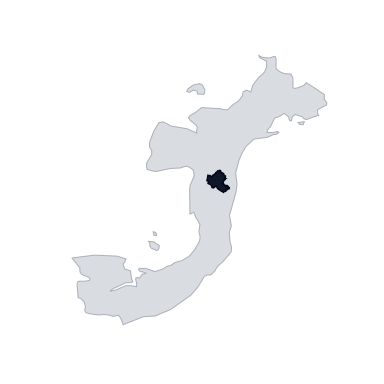 La Pintada, Coclé, Panama shown in context, rotated 123°
{"feature_id": "35544464B73573459744927", "entity_name": "La Pintada", "entity_type": "district", "adm_level": 2, "iso_a3": "PAN", "parent_name": "Panama", "parent_adm1": "Coclé", "projection": "orthographic", "projection_center": [-80.565, 8.715], "detail": "fine", "context": "in_parent", "style": "filled", "palette": "ink", "viewbox_px": 384, "rotation_deg": 123, "n_neighbors": 0, "source": "geoboundaries", "source_scale": "gbopen_adm2", "svg_char_len": 6690}
<svg xmlns="http://www.w3.org/2000/svg" viewBox="0 0 384 384"><g transform="rotate(123 192 192)"><path d="M340.9,177.6L339.9,178.3L336.9,182.7L335.3,186.4L339.2,190.3L340.4,194.5L342.6,199.0L346.1,203.5L350.0,211.9L350.9,215.3L349.8,217.5L346.2,218.8L342.8,222.8L341.9,227.6L342.6,230.0L332.4,237.8L329.8,239.1L328.1,237.9L325.8,234.1L323.2,231.0L321.8,229.9L321.0,229.9L320.2,230.6L319.8,232.3L321.2,239.5L320.1,242.4L316.7,244.7L312.8,256.5L311.2,255.0L298.0,239.3L286.5,219.7L284.1,210.9L287.1,210.3L289.9,210.5L291.4,209.1L293.2,206.5L291.7,200.6L297.2,196.0L299.2,192.9L300.8,193.2L304.4,198.4L309.7,201.4L316.1,205.7L320.1,206.7L315.0,202.1L306.3,196.2L303.9,192.2L301.5,186.8L298.1,189.2L296.6,191.2L294.8,192.3L293.3,191.0L293.0,189.2L287.9,188.9L286.6,187.3L285.2,186.4L285.8,189.8L286.9,191.9L286.3,194.5L284.7,194.7L283.2,192.0L281.4,189.6L278.9,179.7L273.1,175.0L270.4,173.4L268.2,172.8L265.0,169.7L260.7,168.0L254.8,163.0L247.7,159.5L239.0,158.3L228.4,159.1L224.8,161.1L222.4,163.6L221.3,164.7L215.0,167.6L212.6,171.8L211.1,175.3L208.0,179.3L211.6,181.7L191.2,195.3L187.1,197.3L177.9,198.7L175.8,200.1L173.0,202.8L172.6,206.9L173.1,210.3L175.7,213.0L178.1,214.7L183.8,222.7L194.0,232.9L195.9,236.6L197.5,242.1L194.4,244.7L192.1,245.8L182.4,246.2L179.1,248.4L177.7,251.8L174.1,254.5L161.7,257.2L151.9,257.5L148.9,254.4L148.1,245.5L141.6,230.5L140.0,220.1L138.4,221.4L134.9,222.6L133.7,225.1L132.8,232.8L131.5,235.4L128.8,235.2L123.3,232.4L116.0,229.9L106.7,213.6L105.7,210.5L103.8,206.9L96.6,205.3L90.5,202.6L83.7,202.1L80.3,203.7L76.8,201.7L76.2,197.2L69.1,199.2L60.1,198.5L52.0,196.5L46.5,197.5L41.8,200.6L42.4,208.7L41.1,210.3L40.9,207.0L39.3,203.2L37.4,200.0L33.3,196.7L33.1,195.5L34.7,193.9L42.1,189.2L43.1,187.2L43.2,183.1L42.5,179.2L39.2,173.4L41.2,169.8L45.0,167.0L48.9,164.7L49.6,163.8L48.9,161.8L46.6,159.7L41.3,156.0L38.1,155.8L38.0,145.4L38.2,134.3L39.1,133.3L41.0,132.6L42.6,130.9L43.5,127.7L45.8,126.5L50.0,129.1L54.3,131.3L56.1,130.6L57.5,129.5L58.4,128.5L58.7,127.4L62.1,130.4L69.1,135.6L69.5,138.2L68.9,140.7L70.8,147.7L74.4,148.8L78.1,147.4L79.0,148.7L78.3,150.0L76.4,151.5L75.9,157.5L81.9,160.4L84.9,162.9L94.9,161.8L98.6,162.5L101.1,161.7L98.4,156.9L94.6,153.2L94.9,151.6L97.8,152.8L99.9,155.3L104.8,158.3L113.9,168.9L124.2,171.5L132.5,171.2L140.1,169.8L152.3,165.7L161.2,158.3L168.2,155.0L191.1,147.9L199.1,140.5L202.6,139.6L205.8,138.6L213.0,133.0L216.8,128.7L220.9,126.5L232.9,128.0L240.8,130.1L246.1,129.8L251.3,131.2L253.6,134.4L256.0,135.7L268.7,135.3L279.2,136.8L302.2,146.0L315.9,155.2L323.2,165.0L340.9,177.6ZM110.5,251.2L107.5,251.5L101.4,249.1L97.0,244.6L96.6,243.1L96.7,241.6L99.2,236.9L102.4,235.3L103.7,235.3L106.8,240.7L104.7,242.8L105.5,246.1L110.0,248.6L110.5,251.2ZM258.1,199.3L257.0,201.6L254.4,196.4L254.8,195.1L254.6,190.4L257.1,189.1L258.9,189.0L260.3,189.7L261.3,195.2L260.5,197.7L258.1,199.3ZM76.6,138.3L76.0,140.9L71.8,136.2L74.3,135.5L75.2,135.6L76.6,138.3ZM249.0,200.4L246.5,202.9L245.6,200.5L247.3,198.1L247.9,198.1L249.0,200.4Z" fill="#d9dde1" stroke="#a8b0b8" stroke-width="1"/><path d="M160.3,178.1L160.2,178.7L159.9,178.7L159.7,178.8L159.4,178.9L159.2,178.9L159.0,179.0L158.9,179.1L158.9,179.4L158.6,179.9L158.6,180.1L158.6,180.4L159.3,181.0L159.7,181.2L159.8,181.4L159.9,181.5L160.1,181.7L160.3,181.8L160.5,181.9L160.5,182.0L160.8,182.0L161.1,182.1L161.3,182.1L161.5,182.0L161.9,182.0L162.0,182.0L162.3,182.3L162.5,182.5L162.8,182.6L163.2,182.3L163.3,182.3L163.5,182.2L163.8,182.1L164.0,182.1L164.3,182.3L164.4,182.5L164.5,182.7L164.5,182.8L164.8,182.9L165.0,182.9L165.2,182.7L165.3,182.7L165.5,182.8L165.7,183.0L165.9,183.0L166.0,183.1L166.3,183.3L166.3,183.5L167.2,183.4L167.3,183.4L167.4,183.5L167.6,183.6L167.8,183.7L168.4,183.9L168.5,183.9L168.4,184.0L168.5,184.2L168.5,184.3L168.4,184.4L168.4,184.6L168.4,185.2L168.4,185.3L168.4,185.6L168.4,185.8L168.5,185.9L168.6,186.0L168.7,186.3L168.8,186.2L168.8,186.3L169.0,186.6L169.0,186.8L169.2,187.0L169.3,187.1L169.4,187.3L169.4,187.7L172.6,186.3L174.4,185.7L174.2,185.1L174.0,184.9L173.9,184.8L173.8,184.6L173.7,184.5L173.7,184.4L173.9,184.2L174.0,184.1L174.2,184.3L174.3,184.1L174.2,184.0L174.3,183.9L174.2,183.6L174.3,183.5L174.5,183.5L174.6,183.4L174.9,183.4L175.0,183.4L175.3,183.3L175.5,183.4L175.6,183.5L175.8,183.5L176.0,183.4L176.1,183.0L175.7,180.7L175.7,180.2L175.8,180.1L175.7,179.7L175.8,179.7L176.0,179.4L175.9,179.3L176.0,179.2L176.2,178.8L176.3,178.8L176.4,178.4L176.5,178.5L176.6,178.3L176.7,178.2L176.8,178.2L177.0,178.1L177.2,177.8L177.3,177.6L177.2,177.5L177.2,177.4L177.2,177.2L177.1,176.9L177.0,176.5L177.0,176.4L176.9,176.3L176.7,176.1L174.8,175.5L174.0,174.4L175.2,172.4L175.3,168.7L175.1,165.6L174.9,165.7L174.7,165.6L174.4,165.5L174.4,165.3L174.1,165.3L174.0,165.2L173.9,165.0L173.7,164.7L173.3,164.4L173.1,164.2L173.0,164.3L172.8,164.4L172.7,164.3L172.7,164.2L172.4,164.2L172.2,164.2L171.9,164.2L171.7,164.3L171.7,164.2L171.4,164.0L171.3,163.9L171.2,163.8L170.9,163.7L170.8,163.9L170.6,164.0L170.6,163.8L170.5,163.7L170.3,163.9L170.1,163.8L170.1,163.7L170.0,163.4L169.9,163.4L169.9,163.5L169.3,163.4L169.2,163.2L169.0,162.9L169.0,162.7L168.9,162.7L168.8,162.8L168.6,162.9L168.3,163.0L168.5,163.2L168.5,163.3L168.4,163.3L168.2,163.2L168.1,163.4L168.1,163.6L168.3,163.8L168.2,164.0L168.2,164.3L168.1,164.5L167.9,164.6L168.0,164.8L167.9,165.0L168.0,165.1L168.0,165.3L167.9,165.3L167.9,165.2L167.7,165.2L167.7,165.3L167.8,165.5L167.7,165.7L167.4,165.7L167.4,165.8L167.5,166.1L167.7,166.3L167.7,166.5L167.8,166.5L168.0,166.5L168.1,166.4L168.1,166.2L168.3,166.2L168.3,166.3L168.1,166.4L168.1,166.9L168.2,167.0L168.4,166.9L168.4,167.0L168.5,167.0L168.4,167.1L168.3,167.3L168.3,167.5L168.4,167.8L168.3,168.2L168.3,168.3L168.5,168.5L168.4,168.6L168.4,169.0L168.4,169.3L168.5,169.4L168.6,169.5L168.4,169.7L168.3,169.9L168.1,169.9L168.1,170.0L167.9,170.1L167.7,170.2L167.7,170.3L167.9,170.3L168.0,170.4L167.9,170.5L168.0,170.7L168.0,170.8L168.1,171.0L167.8,170.9L164.0,171.8L164.0,171.6L163.9,171.5L164.1,171.5L164.1,171.4L164.0,171.2L163.8,171.2L163.7,171.4L163.8,171.4L163.7,171.5L163.6,171.4L163.5,171.2L163.2,171.3L162.9,171.3L162.9,171.2L162.7,171.3L162.6,171.1L162.4,171.1L162.4,171.3L162.3,171.2L162.3,171.3L162.4,171.5L162.3,171.8L162.2,171.8L161.9,171.9L161.8,172.0L161.6,172.0L161.4,172.2L161.4,172.3L161.2,172.3L161.0,172.5L160.8,172.5L160.7,172.7L160.5,172.8L160.4,172.8L160.4,173.0L160.4,173.6L160.5,173.6L160.6,173.8L160.4,173.9L160.4,174.1L160.5,174.2L160.5,174.3L160.3,174.5L160.2,174.6L160.0,174.8L160.0,175.0L159.7,175.1L159.5,175.3L159.4,175.6L159.6,175.8L159.5,176.1L159.4,176.3L159.4,176.5L159.4,176.8L159.5,177.0L159.6,177.5L159.9,177.6L160.0,177.7L160.1,177.8L160.3,178.1Z" fill="#0f172a" stroke="#020617" stroke-width="1.5"/></g></svg>